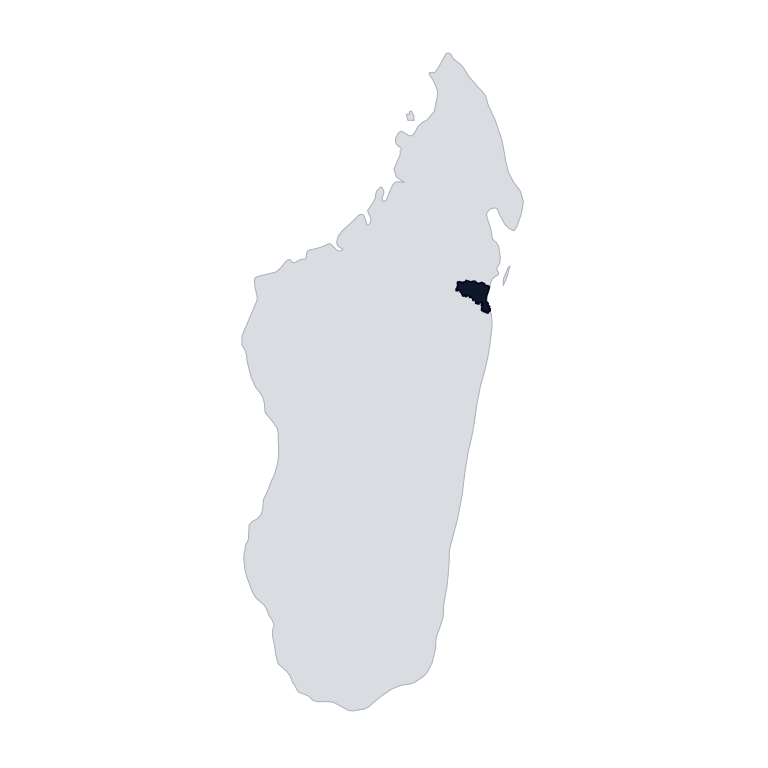 location of Fenerive Est, Analanjirofo, Madagascar, rotated 353°
{"feature_id": "10022922B92224420422748", "entity_name": "Fenerive Est", "entity_type": "district", "adm_level": 2, "iso_a3": "MDG", "parent_name": "Madagascar", "parent_adm1": "Analanjirofo", "projection": "albers", "projection_center": [49.228, -17.25], "detail": "fine", "context": "in_parent", "style": "filled", "palette": "ink", "viewbox_px": 768, "rotation_deg": 353, "n_neighbors": 0, "source": "geoboundaries", "source_scale": "gbopen_adm2", "svg_char_len": 8305}
<svg xmlns="http://www.w3.org/2000/svg" viewBox="0 0 768 768"><g transform="rotate(353 384 384)"><path d="M501.5,80.0L503.7,84.9L506.1,89.7L513.9,101.2L517.2,105.7L520.0,110.4L521.4,119.8L526.2,134.4L530.8,156.3L532.1,178.9L533.4,189.2L537.0,199.0L542.8,209.1L544.6,220.3L541.0,231.9L535.7,242.7L534.4,244.8L531.9,247.6L530.8,247.4L526.7,244.6L523.3,240.0L519.1,229.1L517.5,223.6L515.7,222.7L510.7,223.2L507.1,226.6L506.4,228.8L507.2,234.9L508.5,240.4L509.1,246.0L509.2,253.0L510.6,255.1L512.6,256.9L514.6,261.5L514.9,272.5L513.7,278.0L510.1,282.8L510.3,285.4L511.6,288.1L510.4,289.7L505.7,291.8L503.8,293.6L501.2,298.5L497.1,308.3L496.6,313.4L499.1,328.7L498.4,339.6L493.2,360.4L490.2,370.3L486.0,382.1L479.5,397.6L473.2,417.2L467.8,437.3L463.9,449.3L459.4,461.2L453.3,482.2L448.1,503.6L440.5,527.0L430.0,553.2L428.8,556.6L426.7,569.9L424.4,581.5L421.7,593.0L415.9,611.9L415.3,617.7L414.0,623.3L408.4,635.2L406.0,639.6L404.3,644.3L403.4,650.2L401.8,656.0L397.8,666.5L391.7,675.6L387.5,679.0L378.4,683.8L373.8,684.9L363.6,685.1L353.7,688.0L343.5,693.4L333.7,699.5L329.9,702.4L325.8,704.1L312.7,704.7L308.7,703.5L295.4,694.0L290.3,692.5L280.6,691.4L277.6,690.6L275.0,689.4L270.9,684.4L263.1,680.2L261.2,678.9L259.9,675.9L259.0,672.7L256.9,669.2L255.3,662.3L252.6,657.6L245.2,649.3L244.4,646.6L243.5,637.6L243.6,631.5L242.6,620.3L243.2,615.0L245.6,610.2L244.4,605.0L241.6,599.7L240.4,594.2L238.3,589.1L230.5,580.2L228.6,575.7L227.2,571.1L223.9,556.6L223.4,551.5L223.5,540.7L224.4,535.2L226.1,531.3L226.5,528.4L227.6,525.9L229.3,523.8L230.5,521.4L232.9,507.6L236.4,504.4L241.7,502.5L245.9,498.8L248.2,493.9L250.4,483.8L256.9,473.7L259.2,468.4L264.4,460.4L269.0,449.1L270.3,443.8L271.3,438.5L272.2,426.7L273.0,420.8L272.7,415.0L269.7,409.1L262.8,398.4L262.5,396.4L262.9,388.3L262.1,382.5L259.5,376.8L256.2,371.4L252.9,361.3L250.9,344.4L251.1,338.3L250.0,332.9L247.6,327.8L249.0,318.7L268.2,285.5L268.8,281.6L267.7,271.6L268.0,265.8L268.6,263.6L270.1,262.3L273.6,261.6L289.8,259.8L291.9,258.8L295.9,255.9L301.4,250.5L304.0,248.9L306.2,249.4L307.6,251.7L309.5,252.9L316.0,250.3L318.6,250.2L321.1,250.5L322.3,248.3L323.0,245.3L323.9,243.2L325.7,242.0L334.1,241.2L339.5,240.2L346.5,238.0L348.0,238.4L353.8,245.8L355.5,246.4L357.7,246.7L359.6,245.3L355.0,241.5L354.3,239.2L354.5,236.7L356.8,231.3L360.9,227.1L370.0,220.7L379.4,213.4L382.1,212.8L384.5,214.0L386.4,222.5L386.2,223.9L387.7,224.1L389.5,223.0L391.0,219.5L391.0,216.7L389.7,213.9L389.1,211.6L389.0,209.5L393.8,204.4L397.5,199.5L399.2,193.8L400.7,191.1L404.7,188.1L405.9,188.6L406.9,191.0L407.4,193.5L406.4,196.1L405.0,198.6L404.4,202.0L406.7,202.6L408.8,201.8L411.9,195.7L415.4,189.9L417.5,186.9L420.1,184.8L424.6,185.2L428.9,186.5L421.8,180.4L420.0,172.1L428.3,157.7L428.3,154.7L429.6,153.8L430.1,152.6L425.7,147.8L424.9,145.4L425.4,141.8L427.5,138.5L429.4,136.2L432.1,135.3L434.2,136.6L438.9,140.5L442.1,141.1L445.9,137.3L449.0,132.5L453.6,129.2L459.0,127.1L467.1,119.6L472.3,103.8L472.7,99.3L471.5,93.7L469.7,88.4L466.5,81.8L467.3,80.4L471.8,81.2L473.3,80.3L478.1,74.5L486.1,63.3L488.7,63.3L491.0,65.4L491.8,68.4L493.4,70.7L498.8,76.0L501.5,80.0ZM446.0,124.2L446.1,126.0L440.0,125.3L439.0,119.3L442.0,119.1L442.6,116.7L444.4,116.4L446.4,121.7L446.0,124.2ZM519.3,292.3L514.2,301.0L515.6,293.7L521.6,283.3L523.3,282.5L519.3,292.3Z" fill="#d9dde1" stroke="#a8b0b8" stroke-width="1"/><path d="M498.2,324.5L498.3,324.1L498.7,322.3L498.5,322.2L498.3,322.3L498.2,322.3L498.0,322.2L497.9,321.9L497.9,321.4L497.9,320.9L498.0,320.5L498.2,320.1L498.4,319.9L498.1,319.6L497.7,319.5L497.4,319.2L497.3,318.8L497.1,318.5L497.0,318.3L497.0,317.8L497.3,316.7L497.2,316.5L496.8,316.5L496.7,316.3L496.6,315.7L496.4,315.5L496.2,315.5L496.0,315.4L495.7,315.0L495.5,314.5L495.4,314.5L495.3,313.9L495.6,312.7L495.8,311.6L496.7,309.0L497.2,308.0L497.5,307.3L497.9,306.8L498.1,306.3L498.3,305.7L498.7,305.1L499.1,304.2L499.6,303.0L499.8,302.3L500.2,301.7L500.3,301.4L500.4,301.2L500.5,300.6L500.1,300.9L499.7,300.9L499.6,300.5L499.6,300.3L499.5,300.2L499.2,300.0L499.2,299.7L499.4,299.3L498.6,299.0L498.3,299.0L498.1,298.9L497.9,298.9L497.7,298.7L497.3,298.4L497.0,298.6L496.8,298.6L496.6,298.5L496.2,298.5L496.0,298.4L496.2,298.0L495.9,297.7L496.0,296.9L496.0,296.6L495.3,296.3L494.4,295.5L493.6,295.3L493.5,295.2L493.3,295.0L493.1,295.1L492.7,295.1L492.1,295.5L491.9,295.6L491.6,295.5L491.6,295.4L491.4,295.4L491.2,295.5L490.8,295.7L490.5,296.0L490.3,296.0L490.2,295.9L490.1,296.0L489.6,296.3L489.1,295.9L489.2,295.7L489.2,295.4L488.9,295.4L488.8,295.2L488.5,295.1L488.4,294.8L488.5,294.7L488.4,294.6L488.1,294.5L487.9,294.4L487.8,294.2L487.6,294.2L487.4,294.0L487.4,293.8L487.2,293.7L487.2,293.3L486.8,293.4L486.6,293.3L486.4,293.4L486.2,293.3L486.1,293.0L485.8,292.8L485.6,293.0L485.4,292.8L485.2,292.8L484.6,293.0L484.1,292.9L483.9,292.9L483.8,293.0L483.5,293.1L483.4,293.3L483.2,293.4L482.5,293.2L481.6,292.8L481.0,292.3L479.6,291.9L479.4,291.7L478.8,291.5L478.7,291.4L478.3,291.1L477.9,291.3L477.6,291.7L477.0,292.2L476.9,292.4L476.7,292.5L476.3,292.4L476.1,292.4L475.8,292.6L475.6,292.6L475.5,292.9L475.2,293.2L475.3,293.6L475.2,293.7L474.8,293.7L474.7,293.7L474.5,293.2L474.4,293.2L474.4,293.3L474.3,293.2L474.2,292.9L474.1,293.0L474.0,292.8L473.8,293.0L473.7,292.9L473.5,293.1L473.3,293.1L473.2,293.0L473.1,292.7L473.0,292.8L472.9,292.5L472.7,292.2L472.4,292.5L472.2,292.6L472.0,292.4L472.0,292.2L471.5,292.0L471.3,291.7L471.0,291.8L470.9,291.7L470.7,291.8L470.2,291.6L470.1,291.8L469.9,291.8L469.8,291.7L469.5,291.9L469.4,291.9L469.4,292.0L469.2,292.5L469.3,292.7L469.1,292.9L469.0,293.0L469.2,293.3L469.4,293.3L469.2,293.6L469.3,294.2L469.3,294.6L469.1,294.7L469.2,295.0L468.7,295.8L468.7,296.2L468.6,296.4L468.5,296.5L468.8,296.8L468.7,296.9L468.3,297.1L468.1,297.3L467.7,297.7L467.7,297.9L467.5,298.1L467.5,298.4L467.3,298.4L467.1,298.5L467.3,298.8L467.3,299.0L467.1,299.4L467.1,299.6L467.0,299.9L467.0,300.0L466.9,300.1L467.0,300.3L467.3,300.2L467.5,300.0L467.7,299.8L468.2,299.6L468.4,299.6L468.5,299.9L468.8,300.0L468.8,300.4L469.2,300.1L469.6,300.1L470.0,300.0L470.3,300.0L470.5,299.9L470.8,299.9L470.9,300.0L470.9,301.8L470.9,302.3L471.4,302.6L471.7,302.4L471.8,302.5L471.9,302.8L472.3,302.8L472.3,303.2L472.2,303.7L472.2,304.6L472.5,304.9L472.6,305.2L472.9,305.0L473.2,305.0L473.5,305.1L473.5,305.3L473.3,305.5L473.3,305.8L472.9,306.1L473.2,306.4L473.8,306.5L473.9,306.3L474.0,306.3L474.4,306.4L474.8,306.0L475.1,305.9L475.2,305.5L475.6,305.5L476.0,305.4L476.2,305.5L475.8,305.9L475.4,306.4L475.6,306.9L475.6,307.3L475.9,307.4L476.2,307.3L476.4,307.1L476.6,306.8L476.8,306.8L476.9,307.0L477.0,307.0L477.3,306.9L477.5,306.7L477.9,306.6L478.1,306.6L478.3,306.5L478.5,306.7L479.0,306.5L479.4,306.9L479.6,307.0L479.7,307.3L479.6,307.8L479.5,308.0L479.4,308.5L480.0,308.6L480.3,308.3L480.7,308.1L481.2,307.9L481.3,308.0L481.2,308.6L481.3,308.9L481.6,309.1L482.1,309.8L482.5,310.1L482.4,311.5L482.4,311.8L483.2,311.6L483.6,311.4L483.8,311.5L484.2,311.5L484.5,311.3L484.9,311.5L485.2,311.7L485.3,312.1L485.1,312.2L484.9,312.0L484.9,312.7L484.6,312.9L484.6,313.3L484.8,313.6L485.1,313.6L485.3,313.9L485.4,314.2L485.3,314.3L484.8,315.0L485.4,315.5L486.1,315.5L486.4,315.7L486.8,315.7L486.9,315.9L487.1,316.0L487.5,316.2L487.6,316.3L487.9,316.2L487.8,315.9L488.0,315.8L488.5,315.0L488.9,314.4L489.2,314.2L489.5,314.5L489.8,315.0L490.5,314.8L490.8,314.9L491.1,315.2L491.3,315.2L491.2,315.4L491.6,315.5L491.7,315.9L491.7,316.0L491.2,316.0L490.6,316.2L490.7,316.5L490.9,316.7L491.0,316.8L491.0,317.1L490.9,317.2L490.7,317.3L490.8,317.2L490.4,317.1L490.3,317.6L490.2,317.8L490.9,317.9L491.1,318.1L491.4,318.0L491.2,318.4L491.0,318.7L490.7,319.0L490.6,319.5L490.2,320.2L489.8,322.3L489.8,322.9L490.6,323.2L490.7,323.4L491.1,323.7L491.2,323.9L491.3,323.7L491.4,323.3L491.5,323.3L491.7,323.8L492.1,323.8L492.1,324.1L492.4,324.2L492.5,324.4L492.8,324.3L492.9,324.0L493.0,324.0L492.9,324.1L492.9,324.3L493.0,324.4L493.2,324.2L493.5,324.0L493.6,324.4L493.5,324.7L493.5,324.8L493.6,324.7L493.8,324.9L493.9,324.7L494.0,324.7L494.6,324.8L494.6,325.4L494.8,325.4L494.8,325.6L495.0,325.6L495.3,325.7L495.2,325.9L495.3,326.2L495.5,326.1L495.6,326.3L495.9,326.3L495.9,326.1L496.0,326.1L496.0,325.9L496.2,325.3L496.5,325.3L496.6,325.1L497.0,325.1L497.2,324.8L497.3,324.7L497.5,324.4L497.5,324.5L497.8,324.7L498.2,324.5Z" fill="#0f172a" stroke="#020617" stroke-width="1.5"/></g></svg>